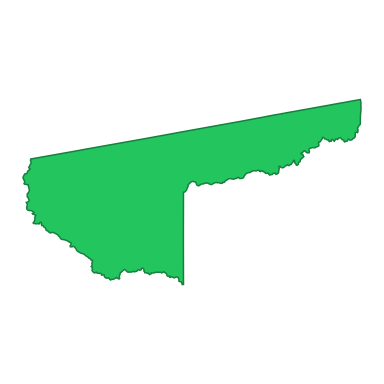 the district of Rio Maria, Pará, Brazil
{"feature_id": "56859067B51957769072993", "entity_name": "Rio Maria", "entity_type": "district", "adm_level": 2, "iso_a3": "BRA", "parent_name": "Brazil", "parent_adm1": "Pará", "projection": "albers", "projection_center": [-49.844, -7.37], "detail": "fine", "context": "isolated", "style": "filled", "palette": "green", "viewbox_px": 384, "rotation_deg": 0, "n_neighbors": 0, "source": "geoboundaries", "source_scale": "gbopen_adm2", "svg_char_len": 5970}
<svg xmlns="http://www.w3.org/2000/svg" viewBox="0 0 384 384"><path d="M38.8,224.0L39.6,223.5L39.8,222.6L40.7,222.2L41.3,222.7L41.6,223.7L41.4,224.6L41.8,225.6L42.7,225.5L43.5,226.1L43.9,227.0L44.7,227.4L45.3,228.0L46.3,230.4L48.0,231.1L48.6,232.0L49.6,232.2L50.3,233.0L51.6,232.5L53.4,232.5L56.6,234.1L58.0,235.0L58.6,236.1L59.4,236.7L60.0,237.4L60.7,238.7L61.6,239.2L62.6,239.6L63.6,239.6L64.7,239.8L65.7,240.2L67.5,240.8L68.2,241.5L70.0,242.4L71.0,242.8L71.1,243.8L70.7,244.9L70.1,245.8L70.3,246.8L71.4,246.9L72.7,246.6L73.6,246.3L74.7,247.3L76.0,248.8L76.4,249.9L77.0,250.7L77.6,251.2L78.7,252.0L81.2,253.3L82.3,253.5L83.5,254.0L84.7,254.7L85.5,255.6L87.7,256.9L89.0,258.2L90.5,258.9L90.8,259.7L91.6,260.4L92.5,260.4L92.3,262.1L91.8,263.4L92.1,264.5L91.9,265.8L91.2,266.4L92.3,267.5L92.1,268.5L92.5,269.4L92.0,270.2L92.5,271.4L93.6,272.4L94.5,273.0L96.5,272.2L97.1,273.2L98.6,273.2L99.7,273.5L101.0,273.5L101.7,274.1L101.6,275.1L102.7,274.9L104.2,275.0L104.3,276.4L104.8,277.2L105.9,278.0L107.2,278.2L108.0,277.7L109.2,278.4L109.5,279.2L110.7,280.0L111.6,279.4L113.3,279.3L114.3,278.8L115.8,278.0L116.7,277.5L117.4,278.3L119.1,279.0L119.7,278.4L119.4,277.5L119.4,276.5L119.6,275.2L120.1,274.3L120.2,273.0L121.3,272.2L123.3,270.4L124.5,269.5L125.6,270.0L126.5,271.2L127.7,272.1L129.0,272.1L130.1,272.1L131.0,272.1L132.2,271.8L133.0,271.7L133.8,271.3L134.7,271.9L135.6,271.4L136.6,271.3L137.3,270.6L138.0,270.1L138.9,269.7L139.6,270.2L140.5,270.0L141.4,269.6L141.4,268.7L142.1,268.2L143.1,268.3L143.8,269.1L144.0,270.1L143.9,271.1L144.6,271.9L144.9,272.8L145.8,272.6L146.6,272.9L147.5,273.3L148.4,273.3L148.9,274.0L149.7,274.6L150.2,273.9L151.1,273.8L151.6,272.9L152.6,273.0L153.6,273.0L154.4,272.9L155.1,272.4L155.9,272.2L157.1,272.4L158.1,272.2L159.2,272.4L160.0,272.1L160.9,272.4L161.7,272.9L162.7,272.5L163.4,271.7L166.0,273.3L166.7,274.4L167.0,275.4L167.5,276.2L169.5,276.1L169.4,277.0L170.1,277.4L172.0,276.8L173.7,277.7L174.5,277.8L176.2,277.0L177.4,277.1L178.5,277.7L178.5,278.6L179.0,279.4L178.9,280.3L179.0,281.3L180.0,281.7L181.1,281.9L181.8,282.5L181.9,283.6L182.2,284.5L183.5,284.5L183.4,248.3L183.4,228.8L183.5,192.3L184.7,192.0L185.5,191.3L186.2,190.5L187.2,188.3L187.5,187.3L188.1,186.6L188.0,185.1L188.5,184.4L191.0,182.1L192.2,181.5L193.3,181.4L194.2,181.8L195.4,182.1L196.1,182.9L196.7,184.9L197.6,185.5L198.4,185.8L199.2,185.6L200.1,184.9L201.0,184.5L201.7,183.9L203.7,183.9L204.5,183.3L205.4,183.0L206.4,183.2L207.5,183.0L208.4,183.3L209.0,183.9L211.1,184.6L212.0,184.4L212.7,183.9L213.4,183.4L215.1,182.7L216.5,182.5L217.3,182.8L218.4,182.6L219.4,182.9L220.3,183.2L221.4,183.4L222.3,183.2L222.9,182.2L223.8,182.5L224.8,181.9L225.2,181.0L226.0,180.4L226.8,180.1L228.3,179.0L229.0,178.7L230.1,178.7L230.9,178.6L231.6,178.9L233.9,179.2L234.8,178.6L235.6,178.6L236.8,178.3L237.7,177.5L238.8,177.5L239.6,178.5L241.3,178.4L242.8,178.2L243.8,177.1L244.1,176.2L245.5,174.4L246.6,173.3L247.8,172.8L248.9,172.6L249.9,172.6L251.6,171.5L253.0,170.9L254.4,170.6L255.4,170.9L256.4,170.9L258.4,170.2L259.5,170.5L259.5,171.3L260.5,171.6L261.7,170.8L262.6,170.7L262.8,171.5L263.7,171.8L264.5,172.1L265.1,172.9L265.8,173.3L266.7,173.4L267.6,173.2L268.6,173.3L268.8,174.3L269.8,175.1L271.2,174.6L272.2,174.5L273.0,173.5L274.7,173.3L275.8,173.4L275.9,174.3L277.1,174.0L278.0,173.4L278.7,172.3L278.6,171.3L279.1,169.2L279.2,168.3L278.9,167.4L279.1,166.3L280.0,166.3L280.5,167.0L281.2,167.5L282.0,167.7L283.0,167.7L283.9,167.4L285.3,166.0L286.2,165.6L286.9,165.2L287.7,164.8L288.3,165.5L289.4,165.5L290.1,164.7L291.1,164.4L292.8,162.2L293.5,160.5L294.3,160.3L294.6,161.3L294.6,162.2L294.9,163.0L295.6,163.6L296.4,165.2L297.4,165.2L298.5,164.0L298.6,162.8L299.1,162.1L300.0,161.7L300.3,160.9L300.2,160.0L300.8,159.3L301.5,158.7L302.4,157.9L303.8,156.7L303.3,155.9L303.2,155.1L302.6,154.3L301.7,154.1L301.0,153.3L303.6,151.6L304.3,150.8L305.1,151.0L306.4,152.5L307.3,152.8L309.1,152.8L309.5,151.8L309.2,150.9L308.9,150.1L309.0,149.1L309.6,148.5L310.4,148.3L311.4,147.8L312.3,147.6L314.5,147.8L315.4,147.6L316.3,146.9L318.3,146.3L318.9,145.6L318.8,144.6L318.7,143.6L318.4,142.8L318.8,142.1L319.8,142.1L320.9,140.7L321.9,139.2L322.7,137.5L323.6,137.4L324.2,138.1L324.7,138.9L325.5,138.9L327.4,140.0L328.2,139.8L328.9,140.6L329.1,141.5L330.2,141.4L331.2,141.2L331.1,140.2L331.8,139.6L332.5,139.4L333.6,140.8L334.3,141.2L334.6,140.4L335.4,139.9L335.9,139.0L336.7,139.1L337.6,139.5L338.2,138.7L339.1,138.0L340.0,137.7L340.9,138.1L341.5,139.0L342.1,139.6L343.9,140.2L343.9,141.1L344.5,141.9L347.4,140.9L347.8,139.8L348.3,139.1L349.7,140.0L350.7,140.2L352.3,139.5L352.7,138.7L353.7,138.3L354.5,137.8L355.0,137.1L355.3,136.1L355.3,135.2L355.2,133.1L355.9,132.4L356.7,132.2L357.5,132.6L358.0,131.7L357.7,130.6L358.1,129.9L357.6,129.2L357.6,127.9L358.2,127.1L358.7,126.2L359.2,125.3L360.2,124.5L360.4,122.4L360.3,121.6L360.4,117.5L360.5,114.6L360.8,111.9L361.0,109.1L360.9,103.6L360.9,102.3L360.4,99.5L274.8,114.9L250.5,119.5L241.9,121.1L182.4,131.8L140.8,139.4L139.0,139.7L81.6,149.9L79.7,150.3L30.7,159.0L30.5,160.1L30.6,161.1L31.0,161.9L31.2,162.7L31.0,163.5L30.3,164.3L29.9,165.2L29.7,166.0L29.0,166.8L28.7,167.5L29.3,168.4L30.1,168.9L29.5,169.7L28.4,170.5L27.8,171.1L27.3,172.0L27.2,172.9L26.7,173.7L25.5,173.8L24.7,174.0L23.8,175.6L23.4,176.4L23.0,177.5L23.2,178.5L23.7,179.3L24.3,180.8L24.7,182.0L24.4,182.9L24.0,183.7L24.7,184.3L25.7,184.2L26.5,184.6L27.4,184.7L28.3,184.7L28.3,185.5L28.6,187.0L28.9,188.1L29.0,188.9L29.3,189.7L29.3,190.9L28.9,191.9L28.3,192.6L27.8,193.4L27.2,194.0L27.2,195.0L27.2,196.8L28.0,197.4L28.7,199.3L29.1,200.0L28.9,201.1L28.1,201.8L27.2,202.2L26.3,202.4L27.4,204.5L27.1,205.7L26.7,207.3L26.8,209.0L27.4,209.7L28.1,210.3L29.5,210.6L30.6,210.6L31.7,210.7L32.5,211.4L33.9,212.4L33.4,213.1L32.4,213.6L33.0,214.3L33.9,214.3L34.6,214.8L35.7,215.1L35.0,216.9L34.8,217.8L34.9,218.7L34.7,220.3L34.3,221.5L33.6,222.2L33.1,222.9L33.7,223.5L35.0,223.6L36.0,223.9L37.1,223.7L37.9,223.5L38.8,224.0Z" fill="#22c55e" stroke="#15803d" stroke-width="1.5"/></svg>